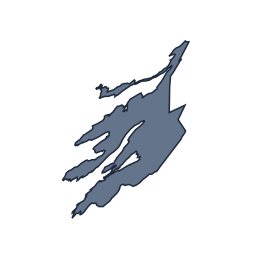 Berg nor, Troms, Norway (Equal Earth projection), rotated 310°
{"feature_id": "86288312B25142202859534", "entity_name": "Berg nor", "entity_type": "district", "adm_level": 2, "iso_a3": "NOR", "parent_name": "Norway", "parent_adm1": "Troms", "projection": "equal_earth", "projection_center": [17.457, 69.45], "detail": "fine", "context": "isolated", "style": "filled", "palette": "slate", "viewbox_px": 256, "rotation_deg": 310, "n_neighbors": 0, "source": "geoboundaries", "source_scale": "gbopen_adm2", "svg_char_len": 5815}
<svg xmlns="http://www.w3.org/2000/svg" viewBox="0 0 256 256"><g transform="rotate(310 128 128)"><path d="M138.6,78.1L138.0,78.2L138.2,78.5L137.6,79.0L140.9,80.9L139.8,82.2L140.3,82.6L140.2,83.1L139.0,84.1L136.1,85.4L135.3,86.0L134.0,86.6L132.9,86.6L132.6,87.0L133.2,87.7L134.6,88.2L137.5,90.1L139.5,92.5L145.1,96.0L144.7,96.3L144.6,97.2L143.6,97.8L145.1,98.1L146.7,98.9L153.4,100.2L161.9,102.6L164.1,103.6L165.9,104.8L166.4,105.7L172.6,108.3L175.7,111.6L178.7,113.8L181.9,114.7L185.2,116.7L190.7,118.4L192.6,119.5L196.9,120.3L200.1,120.4L202.1,121.2L203.4,121.2L203.7,121.4L203.2,121.6L203.3,121.9L200.2,122.3L195.6,121.9L185.8,123.6L177.7,124.0L177.0,124.9L176.1,125.1L175.5,124.7L170.1,123.7L167.8,121.8L165.0,120.7L160.8,119.7L160.7,119.5L161.5,119.4L160.9,119.3L162.1,118.4L162.1,117.7L162.6,117.2L162.8,115.9L163.2,115.7L162.7,115.2L151.7,111.2L147.4,111.5L143.9,112.2L143.6,112.5L144.9,113.1L142.5,115.0L140.9,115.5L141.8,115.5L140.5,116.0L140.3,115.7L141.1,115.0L139.7,114.7L140.0,114.6L138.1,114.4L137.7,113.7L142.4,112.5L142.1,112.2L142.6,111.7L141.7,111.4L142.4,111.2L141.5,111.3L141.2,111.0L141.9,110.2L141.5,109.4L141.8,108.6L138.1,106.6L137.7,105.8L130.2,106.2L127.7,105.7L126.6,106.0L125.6,105.8L125.8,105.7L124.9,105.1L125.2,105.0L124.7,104.9L125.0,104.6L126.3,104.8L125.1,104.5L125.2,104.0L122.7,102.6L121.5,102.6L121.2,103.2L119.2,103.9L117.2,103.8L110.7,101.4L107.0,99.5L106.5,99.5L106.3,99.9L106.6,100.0L105.5,101.2L103.4,101.4L96.7,99.5L95.7,99.4L94.2,98.5L88.1,98.6L84.3,97.5L82.4,97.6L81.2,98.0L80.8,98.5L81.4,98.8L81.0,99.2L82.3,99.9L81.8,100.2L81.9,100.5L87.5,102.2L87.1,102.5L87.9,103.1L89.2,103.4L90.4,104.5L94.3,105.8L95.1,107.9L101.4,110.8L110.6,114.1L111.6,114.6L112.9,116.3L112.1,116.6L112.3,116.8L111.5,117.4L110.1,118.0L109.2,118.0L109.0,117.7L108.7,117.6L109.2,118.3L108.6,118.3L105.5,118.0L108.0,117.4L105.1,117.8L100.0,116.1L91.9,114.6L90.1,114.6L89.5,114.9L89.7,116.8L88.7,117.9L88.8,118.3L88.3,118.5L88.5,119.7L93.6,122.6L93.5,123.3L95.0,123.5L95.6,124.1L95.3,124.6L95.7,125.1L93.7,125.7L90.5,125.8L86.8,124.1L82.1,123.0L82.0,122.3L80.0,120.4L78.2,119.7L77.5,118.9L77.2,117.3L75.6,116.4L70.5,114.8L67.1,114.4L64.6,113.4L63.7,112.4L58.7,111.2L57.6,110.3L54.2,109.7L52.6,110.0L50.6,110.9L47.0,111.0L46.3,111.5L46.5,112.0L45.6,112.2L47.7,112.5L49.6,113.8L49.8,114.2L49.1,114.6L49.4,115.2L51.1,116.1L49.9,116.6L51.2,117.2L51.2,117.6L50.7,117.6L50.7,117.9L49.9,117.9L51.2,118.6L53.3,118.6L54.0,119.4L55.3,119.6L55.6,120.0L56.8,120.1L57.0,120.5L57.4,120.6L56.3,122.2L54.8,122.8L56.9,123.5L59.7,123.4L60.0,123.5L59.5,123.7L60.0,124.0L62.5,124.4L60.4,124.7L62.6,125.2L62.8,125.5L62.3,125.6L65.6,126.8L68.3,126.8L69.7,127.7L71.9,128.1L71.8,128.4L71.2,128.3L71.1,128.6L71.9,128.8L77.6,129.1L78.1,129.5L77.6,129.7L78.4,129.8L95.2,130.9L100.4,132.3L106.2,133.0L109.0,132.9L117.1,131.0L119.5,130.9L120.9,130.5L128.8,130.6L134.3,131.6L138.6,133.4L141.1,133.7L142.6,135.0L143.8,135.4L143.9,135.9L143.4,136.4L142.3,136.5L136.7,136.0L131.6,134.9L122.2,135.1L118.7,135.7L118.4,136.6L118.8,137.3L116.3,138.0L110.8,137.6L106.8,138.6L97.3,138.6L96.8,138.7L96.8,139.1L93.9,139.2L92.2,139.8L91.3,139.6L91.1,138.9L90.2,138.7L89.5,138.0L87.6,137.6L83.0,135.5L79.9,136.5L78.3,136.2L77.2,136.9L77.4,137.2L77.1,137.4L78.8,138.5L79.9,138.8L79.2,138.8L79.3,139.0L80.1,139.0L84.5,140.6L89.9,141.4L89.3,142.1L90.1,142.4L91.3,142.2L91.5,142.3L91.1,142.6L92.3,142.8L90.3,143.2L85.6,141.6L86.5,142.1L85.7,142.7L82.7,143.5L75.4,141.7L75.0,141.2L73.4,141.6L76.9,142.4L78.5,143.6L82.8,144.0L84.2,144.6L85.1,144.5L89.3,145.4L90.5,145.8L90.4,146.2L89.6,146.1L90.5,146.8L92.8,146.9L92.7,146.5L93.3,146.4L96.7,147.0L102.7,147.0L106.3,147.7L109.2,147.5L113.9,148.9L115.4,149.0L115.6,149.7L114.7,150.9L113.5,151.0L113.2,151.4L114.3,152.1L113.9,152.4L114.0,152.8L111.4,154.2L112.7,155.3L114.6,155.8L112.4,156.1L112.3,156.4L110.7,156.8L110.8,157.0L108.0,156.3L102.1,153.4L101.4,153.4L101.5,153.1L98.3,151.7L96.7,151.2L89.8,148.9L89.9,148.6L87.5,146.8L83.7,145.6L81.3,144.5L77.5,143.7L76.3,143.1L73.6,142.8L73.4,142.9L74.0,142.9L74.2,143.3L73.8,143.8L70.0,142.0L70.2,141.6L69.1,141.1L69.7,140.8L69.1,140.1L68.2,139.9L64.4,139.8L62.7,140.1L57.2,139.0L57.9,139.6L56.0,140.0L52.1,138.8L49.7,138.6L49.8,139.0L48.8,139.4L49.5,139.7L48.0,140.3L46.6,140.2L45.8,140.8L43.6,140.7L39.3,139.1L38.3,139.3L38.2,138.6L36.9,138.4L37.4,138.9L37.2,139.1L36.6,138.9L36.1,139.3L35.4,139.2L33.4,140.0L28.1,139.4L27.1,139.9L30.2,140.7L22.9,143.1L29.6,143.4L30.0,144.3L30.5,144.8L33.6,145.2L33.1,145.9L30.8,146.9L31.0,147.3L32.7,148.0L35.9,148.3L42.9,147.9L47.4,148.5L47.8,149.9L49.9,151.8L48.7,153.5L49.2,156.3L51.8,159.4L60.5,161.0L63.6,160.7L70.9,161.4L74.9,161.0L78.8,159.3L80.0,159.4L82.1,160.9L81.8,161.8L82.2,162.6L85.5,165.1L86.7,169.5L90.3,171.3L93.7,172.2L98.9,172.6L101.1,173.3L106.5,174.0L107.2,175.3L108.3,176.1L110.8,176.5L113.0,177.7L114.2,177.9L117.6,177.5L153.7,175.8L155.4,175.1L160.3,174.7L162.8,174.0L166.6,161.0L182.2,157.0L166.3,149.7L186.0,133.7L195.2,127.2L199.2,127.0L212.8,124.8L215.4,124.8L213.0,123.8L233.1,119.3L231.8,117.5L231.5,115.9L225.2,115.5L222.8,114.8L220.3,113.5L216.9,112.9L214.5,113.3L209.3,113.3L212.8,114.9L214.3,115.9L214.6,116.8L211.7,117.4L209.2,117.3L207.3,116.8L207.5,117.4L206.4,117.9L202.1,118.9L198.8,118.6L196.5,117.6L192.9,117.2L190.8,116.2L188.6,116.2L185.2,115.1L184.3,114.4L180.6,113.3L179.9,112.3L178.0,111.2L175.5,108.9L172.5,107.3L171.9,106.7L167.9,105.1L167.2,104.0L167.3,103.7L168.8,102.8L168.8,102.2L169.4,102.0L162.7,100.8L162.0,98.7L161.2,98.4L160.0,96.9L158.3,95.9L158.0,95.3L155.1,95.0L152.5,93.4L148.1,92.5L142.3,88.9L145.9,87.5L144.9,86.2L145.6,85.1L144.6,84.0L144.7,83.8L142.8,83.2L141.9,82.1L142.4,81.9L142.3,81.5L143.1,81.2L142.5,81.1L142.4,80.5L143.9,79.7L143.5,79.5L143.5,79.1L141.7,79.4L140.0,79.0L138.6,78.1Z" fill="#64748b" stroke="#1e293b" stroke-width="1.5"/></g></svg>